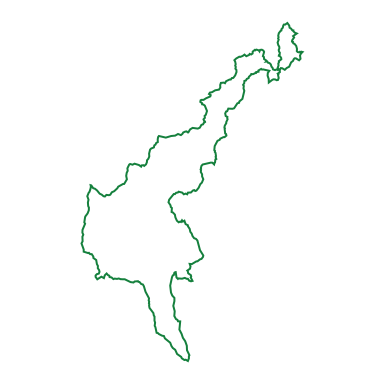 Condesuyos, Arequipa, Peru
{"feature_id": "86281439B62702709218494", "entity_name": "Condesuyos", "entity_type": "district", "adm_level": 2, "iso_a3": "PER", "parent_name": "Peru", "parent_adm1": "Arequipa", "projection": "robinson", "projection_center": [-72.507, -15.547], "detail": "fine", "context": "isolated", "style": "outline", "palette": "green", "viewbox_px": 384, "rotation_deg": 0, "n_neighbors": 0, "source": "geoboundaries", "source_scale": "gbopen_adm2", "svg_char_len": 5905}
<svg xmlns="http://www.w3.org/2000/svg" viewBox="0 0 384 384"><path d="M189.4,355.2L187.0,350.2L186.8,345.7L185.2,341.2L182.9,337.8L181.6,333.9L179.4,329.6L180.2,321.4L178.0,321.3L177.4,319.8L176.0,319.1L174.3,316.0L174.7,311.2L173.3,305.9L174.4,301.1L174.4,297.9L172.3,295.6L171.0,292.6L170.2,285.6L172.0,277.2L172.8,275.4L173.8,275.0L174.4,272.7L175.2,272.2L175.7,272.1L176.5,277.5L177.9,278.9L178.3,278.4L182.0,278.7L184.8,277.9L186.7,278.8L187.9,278.8L189.2,280.7L191.0,281.3L192.5,280.9L190.7,277.4L191.2,276.6L190.9,275.2L188.2,273.3L187.8,271.2L187.3,270.6L190.0,268.7L190.5,266.4L189.7,263.9L191.8,264.1L196.3,261.4L197.5,261.3L199.9,259.4L201.5,258.9L203.0,256.9L203.3,255.5L200.0,250.2L197.4,240.5L196.0,238.9L194.1,238.2L192.5,236.0L191.7,233.6L190.3,231.8L189.7,228.9L187.9,226.2L187.9,225.3L185.6,224.1L184.4,220.7L182.9,221.6L182.0,220.3L181.0,222.0L180.1,221.6L178.7,222.3L176.9,220.7L175.4,217.4L174.9,214.6L172.9,212.5L171.6,212.0L171.9,208.0L170.8,207.0L170.5,205.3L168.5,202.3L169.2,199.6L173.8,194.0L174.9,194.1L176.1,192.8L177.9,192.5L178.6,191.7L182.2,192.6L183.8,194.3L185.7,193.6L187.2,194.3L188.0,192.6L190.9,192.5L193.1,190.4L194.3,190.1L195.2,191.0L196.4,190.6L198.7,187.7L200.3,184.2L201.9,182.6L203.3,179.2L202.1,176.4L202.1,174.3L200.8,172.0L201.0,170.5L200.6,169.4L201.1,168.9L200.9,168.0L201.5,165.8L202.7,164.5L210.9,162.6L212.4,162.7L214.1,164.4L214.5,162.8L215.0,162.5L215.4,159.4L216.3,159.0L215.6,156.8L216.0,156.2L215.5,152.8L214.8,151.9L215.0,150.9L214.3,150.2L214.7,146.1L217.5,140.8L219.7,139.8L220.2,138.7L223.5,137.1L224.6,137.1L226.4,135.6L226.1,134.1L225.2,133.5L224.6,128.7L224.9,128.3L224.4,127.4L224.8,125.6L226.3,123.1L226.2,122.2L227.6,119.2L227.2,118.1L227.4,116.9L225.7,116.0L225.2,113.4L226.1,111.5L227.2,111.2L228.3,108.6L232.4,108.8L234.1,108.3L237.4,103.3L239.1,102.8L239.3,101.5L242.4,98.9L244.3,90.8L243.5,88.4L243.8,85.9L243.1,84.9L244.2,83.3L244.4,80.9L245.9,80.5L246.8,78.9L248.6,78.1L248.9,76.8L251.0,74.8L251.3,74.0L252.9,74.2L255.3,73.1L255.6,72.5L256.2,72.8L256.7,72.0L258.5,71.7L258.4,70.5L261.2,68.9L262.0,69.6L263.1,69.4L269.3,70.8L267.8,73.0L267.6,75.7L268.7,79.0L268.8,82.5L272.5,79.7L273.7,79.3L275.4,79.5L276.6,80.2L277.9,80.0L278.7,78.0L278.0,74.8L278.4,74.2L277.8,73.6L279.9,72.1L279.7,70.3L280.8,68.1L282.1,68.2L284.8,69.8L286.7,68.0L289.2,66.7L291.1,62.4L293.1,60.8L293.6,59.4L294.6,58.3L295.8,58.3L299.1,60.3L300.5,58.8L300.0,55.5L301.0,53.5L302.5,52.0L301.4,51.7L300.9,52.4L299.9,51.8L299.2,52.4L297.6,52.0L296.8,51.1L297.0,48.9L296.2,45.9L294.5,43.8L293.5,43.5L292.7,42.4L292.9,41.9L292.0,41.5L292.2,40.2L294.1,37.5L293.1,36.1L296.8,33.5L294.9,32.7L293.3,31.2L293.4,30.4L292.2,30.2L291.2,28.7L289.6,27.7L289.2,25.5L287.3,23.0L285.2,24.6L284.0,24.5L283.3,25.4L282.8,27.7L281.4,29.3L281.4,30.5L280.4,31.1L278.8,33.2L278.2,35.9L278.6,37.1L278.1,38.5L278.7,39.6L277.6,42.6L278.4,45.4L279.2,46.5L279.4,48.2L278.7,50.0L279.1,51.7L279.8,52.6L279.7,54.3L279.1,54.8L278.8,55.8L280.1,56.3L281.2,58.0L281.3,59.3L278.8,61.2L279.0,62.2L278.3,63.5L278.5,65.5L277.7,67.8L278.4,68.7L277.8,70.0L276.6,69.4L275.1,70.1L273.0,69.4L272.5,67.7L271.5,66.7L270.8,64.4L269.5,63.1L268.0,62.7L267.3,61.5L266.2,61.6L266.6,61.2L266.3,60.5L264.1,59.1L263.9,57.0L262.9,56.2L264.1,51.9L263.4,50.6L261.8,49.7L260.1,49.9L259.5,51.4L258.9,50.5L257.8,50.0L256.3,49.6L255.3,50.3L254.8,49.9L252.7,51.6L252.6,53.5L251.1,54.5L249.7,53.9L249.0,55.0L246.3,56.2L244.5,54.6L242.6,56.0L240.2,56.9L239.3,56.7L236.2,58.5L234.4,60.2L235.2,61.7L235.7,64.2L235.2,65.7L235.8,66.9L235.4,68.7L236.4,69.9L236.5,72.0L235.2,75.4L233.3,77.9L231.8,78.1L230.8,79.5L229.6,79.5L226.1,81.2L225.0,83.2L223.8,82.6L220.9,82.9L220.2,85.0L220.3,87.6L219.0,89.6L215.2,90.3L212.0,92.2L209.9,92.6L209.0,94.0L210.7,95.1L210.3,96.4L206.0,98.3L203.5,99.9L201.3,99.9L200.6,100.3L200.3,101.9L202.0,103.1L202.1,104.3L203.3,104.5L204.8,105.6L207.0,111.0L205.8,114.8L204.6,115.9L204.9,117.8L203.5,119.3L204.3,121.4L205.0,121.5L205.1,122.0L203.8,122.9L203.1,124.3L201.4,124.9L199.8,127.7L197.8,128.6L192.6,127.9L190.1,129.4L188.3,132.4L187.7,132.4L186.6,131.4L185.2,131.6L183.2,132.5L182.4,133.9L180.9,135.1L178.0,134.0L175.2,135.6L171.2,136.0L165.8,137.6L158.9,136.0L158.1,137.1L157.7,139.4L157.8,142.1L156.2,143.0L155.5,144.6L154.3,145.4L153.9,147.4L151.2,148.5L150.1,149.6L149.1,153.6L149.3,156.4L148.4,158.7L147.0,160.3L146.9,162.2L146.0,164.4L144.2,165.9L143.4,165.2L141.6,165.4L141.1,166.6L138.9,165.0L134.5,163.7L132.6,164.7L130.1,164.0L129.2,164.6L127.4,168.3L127.7,170.8L126.7,172.8L126.2,175.9L126.9,179.3L124.2,183.9L123.0,184.0L118.2,186.7L117.3,188.3L114.2,191.2L111.8,192.3L110.3,194.7L109.0,195.2L106.4,194.9L104.9,196.5L103.5,196.2L101.8,194.7L99.7,193.7L97.0,190.4L94.9,188.7L93.2,188.2L91.3,185.4L90.6,185.2L90.9,186.8L90.5,188.7L89.5,191.8L88.7,192.7L87.3,196.2L88.5,199.7L87.9,202.6L88.2,206.1L88.9,207.6L88.8,210.3L87.6,213.4L85.3,216.5L85.0,217.7L84.3,222.4L85.1,223.7L82.5,229.9L82.4,232.7L83.3,234.7L82.4,236.7L82.6,241.3L81.5,243.4L83.7,249.5L83.7,251.7L88.2,253.1L88.9,252.8L90.1,254.1L91.7,254.1L93.3,256.5L93.4,258.0L96.2,260.0L96.9,264.1L97.9,265.9L97.8,268.2L99.1,270.1L99.5,271.9L98.8,273.6L96.8,274.2L95.6,275.5L95.6,276.9L97.3,279.3L101.4,276.7L103.9,278.1L104.8,275.3L106.6,273.5L108.0,275.1L109.3,275.7L109.6,277.1L111.5,277.4L113.4,279.1L114.7,278.6L117.0,278.9L118.8,278.5L120.7,279.2L124.8,279.3L130.6,282.1L133.5,282.5L134.6,281.5L138.0,281.2L138.3,281.8L139.5,282.0L141.2,284.0L142.9,284.5L143.9,286.3L145.5,291.7L149.0,298.3L148.7,300.6L149.2,301.5L148.9,303.4L149.3,304.1L149.1,305.6L149.5,307.9L153.4,313.1L153.8,315.5L154.5,316.5L154.5,320.7L155.1,322.6L154.7,325.8L155.4,327.1L156.6,332.8L158.1,333.2L158.8,334.0L162.1,335.7L163.9,336.0L164.9,338.4L170.2,342.7L171.5,346.1L172.8,348.0L175.2,349.8L177.1,354.0L181.2,356.9L181.8,358.3L184.4,360.0L185.7,359.7L187.9,361.0L188.9,358.4L188.9,356.2L189.4,355.2Z" fill="none" stroke="#15803d" stroke-width="2"/></svg>